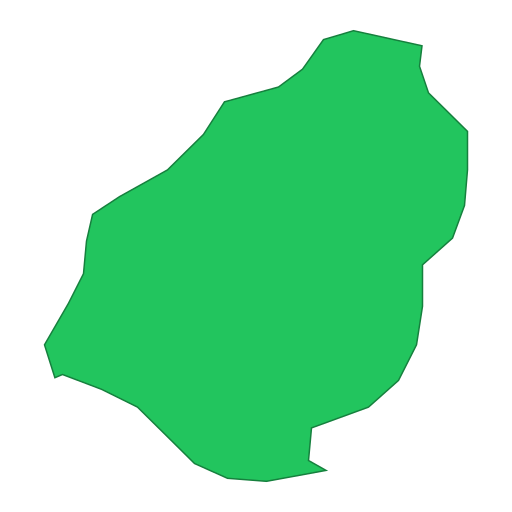 Seongnam-si, Gyeonggi, South Korea (Natural Earth projection)
{"feature_id": "91817680B94836834309250", "entity_name": "Seongnam-si", "entity_type": "district", "adm_level": 2, "iso_a3": "KOR", "parent_name": "South Korea", "parent_adm1": "Gyeonggi", "projection": "natural_earth1", "projection_center": [127.117, 37.399], "detail": "fine", "context": "isolated", "style": "filled", "palette": "green", "viewbox_px": 512, "rotation_deg": 0, "n_neighbors": 0, "source": "geoboundaries", "source_scale": "gbopen_adm2", "svg_char_len": 618}
<svg xmlns="http://www.w3.org/2000/svg" viewBox="0 0 512 512"><path d="M422.0,45.8L353.5,30.7L350.2,31.7L323.5,39.6L308.0,61.5L302.5,69.2L278.5,87.0L225.7,101.5L224.5,101.8L203.5,134.4L167.5,169.9L119.6,196.6L104.1,206.8L92.6,214.4L88.4,232.8L86.5,241.1L83.5,273.7L68.5,303.3L44.5,344.8L54.9,377.7L62.5,374.5L101.5,389.3L137.5,407.1L170.5,439.7L194.5,463.5L227.5,478.3L266.5,481.3L326.0,470.4L308.5,460.5L311.5,427.9L368.5,407.1L398.5,380.4L416.5,344.8L422.5,306.3L422.5,264.8L452.5,238.1L464.5,205.5L467.5,169.9L467.5,131.4L428.5,92.9L419.5,66.3L422.0,45.8Z" fill="#22c55e" stroke="#15803d" stroke-width="1.5"/></svg>